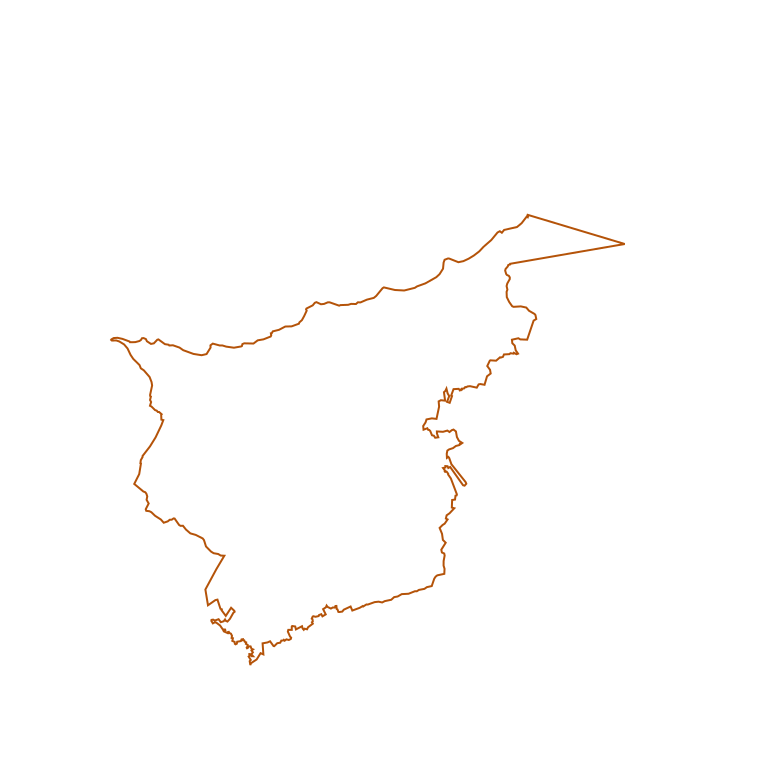 the district of San Onofre, Sucre, Colombia, rotated 55°
{"feature_id": "7082276B86693666640795", "entity_name": "San Onofre", "entity_type": "district", "adm_level": 2, "iso_a3": "COL", "parent_name": "Colombia", "parent_adm1": "Sucre", "projection": "albers", "projection_center": [-75.504, 9.884], "detail": "fine", "context": "isolated", "style": "outline", "palette": "amber", "viewbox_px": 768, "rotation_deg": 55, "n_neighbors": 0, "source": "geoboundaries", "source_scale": "gbopen_adm2", "svg_char_len": 6165}
<svg xmlns="http://www.w3.org/2000/svg" viewBox="0 0 768 768"><g transform="rotate(55 384 384)"><path d="M407.4,106.5L327.8,169.3L328.4,170.1L329.8,169.3L329.2,170.2L329.8,170.7L328.8,171.3L331.2,179.0L331.7,185.0L326.7,197.2L327.7,200.7L325.3,201.5L325.0,204.1L327.6,213.5L328.7,223.7L330.0,229.9L330.3,236.7L329.9,242.8L328.9,248.5L326.9,253.2L318.7,258.6L317.9,259.5L317.0,263.1L318.7,265.5L323.4,269.5L325.9,275.5L326.5,279.9L325.3,292.4L323.0,300.9L322.9,303.6L319.0,313.8L313.3,321.1L304.8,328.7L304.7,330.2L307.4,339.9L307.6,343.0L305.1,349.6L303.7,356.4L302.1,358.6L302.4,361.1L299.5,365.0L298.6,367.9L294.4,374.4L294.1,375.8L285.9,381.7L284.9,383.1L284.0,387.2L282.5,389.9L278.2,392.4L277.8,394.1L278.7,397.3L277.7,404.2L278.1,405.0L279.6,405.3L282.6,410.5L284.6,414.6L285.0,418.0L285.8,419.1L283.8,426.6L280.3,431.9L279.4,438.9L277.1,444.9L278.0,446.8L277.6,447.6L279.5,448.5L280.1,449.6L278.3,457.1L275.8,462.4L276.0,467.7L270.5,475.2L270.1,477.1L271.4,478.6L271.3,479.5L268.2,486.1L262.9,491.8L259.7,494.3L258.3,496.4L252.7,501.1L252.8,504.0L254.7,505.2L257.7,512.2L255.8,516.9L250.1,522.8L241.1,529.1L236.9,530.6L231.2,534.7L229.3,537.8L228.3,537.9L225.7,540.6L218.1,543.2L217.7,544.3L218.7,549.2L217.5,551.9L213.0,553.7L210.6,553.3L208.5,554.6L207.7,556.0L208.5,557.8L208.5,559.7L207.0,563.8L204.1,568.1L203.2,568.1L197.0,572.4L193.3,575.8L191.3,579.1L191.1,581.7L191.3,582.2L192.3,582.0L194.8,578.3L197.4,576.4L202.5,574.2L207.8,573.7L214.8,574.9L219.6,575.0L228.3,573.4L231.7,574.2L235.0,572.9L243.8,572.0L249.1,573.3L252.2,574.8L258.9,582.0L260.1,582.5L260.6,582.2L262.9,584.8L265.2,585.1L267.6,588.2L269.1,587.4L274.1,586.5L275.4,585.5L277.2,585.3L277.9,584.3L281.2,583.5L281.3,584.1L285.5,586.8L287.0,585.5L290.2,590.2L296.7,601.7L300.9,611.5L304.5,623.1L305.3,623.6L306.9,626.9L309.2,629.0L309.7,628.7L317.4,636.2L322.6,645.9L334.0,642.8L335.8,641.6L337.7,641.6L340.3,642.4L342.7,644.9L346.9,645.3L349.9,651.0L351.5,651.5L353.7,649.1L355.6,648.1L360.7,647.1L367.0,644.5L371.3,644.0L372.5,639.9L372.3,637.4L373.4,635.7L373.4,633.5L374.1,632.7L382.0,632.7L383.5,632.0L384.8,630.0L389.7,629.7L395.3,628.3L399.6,624.8L406.5,621.1L408.6,621.0L415.0,623.0L422.1,621.8L424.9,620.6L428.2,617.3L430.8,616.2L433.1,613.3L439.5,627.5L449.9,648.2L464.3,655.1L464.3,646.1L465.1,644.1L474.3,646.9L475.6,646.1L476.1,646.8L483.2,646.6L479.6,637.6L484.0,636.7L484.9,637.0L485.0,638.6L488.0,644.9L488.8,648.5L487.3,649.4L485.7,649.3L486.4,651.4L485.5,654.3L481.8,654.4L480.7,658.3L479.0,659.1L478.3,660.6L479.0,661.3L481.9,661.5L482.2,659.3L483.2,658.3L487.8,656.8L492.6,656.8L494.0,655.0L494.6,655.2L494.1,657.0L494.8,657.1L498.8,654.7L498.9,654.1L497.7,654.1L498.0,653.3L499.2,653.5L500.7,652.6L503.0,652.9L504.6,654.5L505.6,653.6L507.4,655.6L509.6,654.3L511.3,655.2L512.1,654.9L512.3,653.5L510.9,652.1L512.5,648.7L511.5,647.2L512.1,646.0L512.9,646.7L513.8,645.5L515.3,645.9L516.6,645.1L517.6,646.2L519.5,645.3L520.5,646.0L521.2,647.7L521.9,647.8L522.1,647.1L521.4,645.3L522.4,643.8L524.9,644.4L526.3,643.5L526.4,645.4L528.6,645.3L529.3,647.7L531.9,647.4L531.0,648.6L528.2,648.8L528.0,649.3L529.5,649.9L529.6,651.2L533.6,651.4L534.0,653.0L537.6,654.7L536.4,653.2L536.6,646.3L533.7,639.5L536.3,637.9L526.8,632.2L528.9,627.6L529.4,624.9L535.3,624.8L535.8,624.3L535.1,620.1L536.4,617.4L535.3,615.3L536.3,613.6L536.1,612.8L537.3,612.6L537.2,610.4L539.1,608.8L539.4,606.6L538.6,605.6L536.9,605.8L531.7,604.8L530.5,603.4L532.5,600.6L529.7,598.6L529.6,598.0L531.7,595.8L534.5,596.9L535.4,590.1L537.6,590.9L539.3,590.7L538.8,589.5L540.8,587.7L539.7,585.8L539.5,579.8L537.8,579.7L537.6,578.5L535.7,577.5L534.8,577.8L533.6,575.8L533.7,575.1L535.4,573.6L536.6,570.7L536.0,569.7L536.6,567.4L539.0,567.7L539.3,563.9L533.5,563.0L533.6,559.7L532.6,558.1L534.2,558.1L537.5,556.3L537.7,554.1L538.9,552.6L538.0,551.1L538.5,550.3L541.2,551.8L542.0,551.4L544.5,552.1L545.1,551.5L546.5,548.7L545.8,546.4L547.1,539.0L551.4,539.9L553.4,532.3L553.7,528.8L554.3,528.7L554.5,524.9L555.4,523.7L557.3,516.8L559.2,513.3L561.9,510.8L562.3,507.9L564.9,501.8L564.4,497.9L565.9,494.7L566.3,490.0L569.9,484.2L571.5,477.5L572.6,476.0L572.7,473.5L575.0,468.4L575.0,465.4L576.9,460.8L572.3,454.5L571.4,452.2L571.3,450.1L574.1,443.5L570.1,440.4L567.0,439.4L563.2,436.7L559.3,432.7L557.4,431.9L555.2,433.2L552.6,432.1L549.4,424.5L545.5,425.2L540.0,422.4L533.8,421.0L533.1,416.9L533.2,414.4L531.4,409.6L529.7,410.5L527.5,408.0L527.5,404.5L526.1,397.7L524.1,399.3L518.1,394.7L519.4,392.1L516.5,389.5L516.9,388.4L516.2,387.6L499.7,383.4L494.9,383.4L494.4,382.9L492.7,382.9L491.6,383.0L491.1,384.3L490.2,384.3L489.9,383.7L486.7,383.8L487.6,381.6L486.4,380.8L487.8,379.1L489.7,379.5L489.9,377.4L512.3,377.3L513.5,376.3L512.9,373.8L511.3,373.4L488.4,374.8L481.9,373.0L480.6,373.1L480.6,374.8L477.1,372.6L474.9,370.3L474.9,368.2L476.1,364.3L476.0,360.6L477.3,357.2L476.5,356.2L477.2,355.6L477.2,353.7L473.5,355.2L469.3,354.7L464.1,352.3L461.2,353.2L460.7,354.9L460.9,357.9L458.5,358.8L457.0,363.1L453.2,367.9L454.9,369.0L458.8,370.1L457.4,372.9L455.0,372.8L453.5,374.1L449.1,373.1L447.6,373.3L446.9,374.1L445.1,373.9L444.1,377.8L440.9,376.0L439.3,372.0L437.4,369.5L439.6,364.5L442.7,361.0L434.1,351.8L429.6,349.2L429.9,346.7L432.7,343.5L425.1,339.6L424.9,337.8L423.6,335.5L428.3,337.3L431.3,337.5L434.8,342.6L437.1,341.0L432.9,335.2L432.1,335.6L431.5,334.9L428.1,330.0L430.8,325.6L432.8,325.5L432.5,323.5L433.3,323.6L433.0,321.8L433.6,320.8L433.1,319.2L433.8,318.4L433.9,317.0L435.1,314.8L440.2,310.1L438.6,306.7L439.3,305.1L442.3,302.1L436.8,295.2L436.6,290.6L433.2,289.0L428.5,289.1L425.6,284.0L425.6,283.3L429.2,278.8L428.7,273.6L429.3,273.3L430.0,271.0L428.6,268.8L431.5,264.1L431.3,262.8L433.4,260.5L432.9,259.7L435.6,258.4L436.0,256.8L432.0,256.8L427.5,254.9L424.2,255.5L421.1,253.8L423.6,247.7L425.6,246.8L429.8,241.3L417.9,225.1L418.1,222.0L414.4,220.4L413.0,220.5L407.2,223.2L403.0,223.6L398.9,227.4L395.1,233.6L393.8,234.4L388.6,234.4L383.3,233.6L378.8,230.7L377.5,228.8L374.1,227.4L372.4,225.4L370.2,220.8L368.8,219.8L367.0,219.7L365.1,220.8L363.9,220.8L360.6,219.7L359.5,218.4L358.7,215.2L357.8,213.9L358.4,212.1L357.9,211.7L407.4,106.5Z" fill="none" stroke="#b45309" stroke-width="2"/></g></svg>